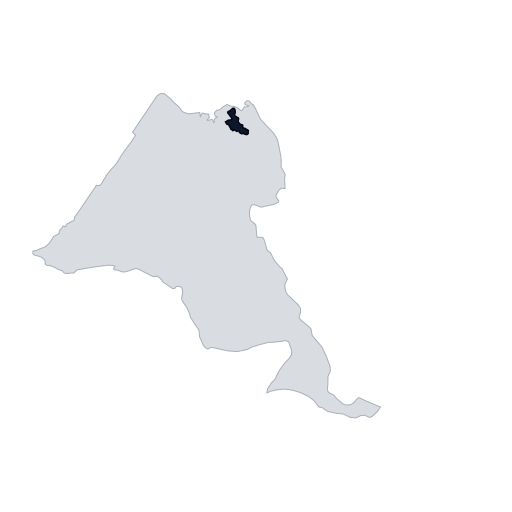 Meme, Sud-Ouest, Cameroon shown in context, rotated 124°
{"feature_id": "32672807B73139620026087", "entity_name": "Meme", "entity_type": "district", "adm_level": 2, "iso_a3": "CMR", "parent_name": "Cameroon", "parent_adm1": "Sud-Ouest", "projection": "mercator", "projection_center": [9.319, 4.685], "detail": "fine", "context": "in_parent", "style": "filled", "palette": "ink", "viewbox_px": 512, "rotation_deg": 124, "n_neighbors": 0, "source": "geoboundaries", "source_scale": "gbopen_adm2", "svg_char_len": 5148}
<svg xmlns="http://www.w3.org/2000/svg" viewBox="0 0 512 512"><g transform="rotate(124 256 256)"><path d="M132.1,343.1L133.1,340.6L140.1,328.7L144.5,309.6L146.5,305.1L148.5,302.1L158.7,291.9L162.5,288.7L168.1,285.0L172.0,277.5L173.3,276.7L175.1,276.1L183.8,269.7L184.6,270.9L185.2,272.5L185.9,273.2L188.7,273.7L192.6,273.6L194.9,273.2L196.1,271.9L197.3,268.4L198.0,267.7L198.9,267.5L203.2,270.0L210.3,276.9L212.0,278.2L212.8,279.5L214.3,285.8L215.2,287.4L216.7,288.0L219.5,287.6L222.3,286.5L224.8,284.9L227.3,282.8L229.0,280.9L229.7,279.5L230.1,274.4L230.6,273.3L239.8,265.8L239.6,265.1L238.1,263.0L236.8,260.7L238.1,258.3L239.5,256.4L244.9,250.2L245.2,245.7L249.4,238.6L251.9,229.3L251.9,227.4L257.5,217.1L263.3,216.2L265.6,214.7L268.2,212.2L269.8,209.8L270.6,207.5L271.2,203.1L272.2,198.2L272.9,193.8L274.6,189.7L277.6,187.7L282.6,186.0L283.4,185.2L284.1,182.5L284.9,173.5L285.7,169.6L290.4,165.1L292.5,158.1L294.4,150.7L299.7,141.8L306.0,133.0L308.9,130.6L311.4,129.5L314.2,129.4L316.1,128.7L322.8,124.3L325.7,122.8L327.7,121.2L328.3,119.9L328.5,118.0L327.8,113.4L329.0,110.0L329.6,104.8L329.9,100.7L329.7,99.3L328.4,96.9L326.4,94.4L323.0,92.9L318.4,92.5L315.9,91.6L315.1,86.9L314.7,83.9L311.6,68.3L317.5,68.4L324.6,70.2L326.3,71.6L327.3,77.0L329.8,80.0L334.3,82.5L337.1,87.6L338.2,95.4L340.7,100.0L341.2,100.7L344.7,109.5L344.9,113.5L344.6,116.2L346.1,119.6L343.9,125.4L343.3,128.9L343.1,133.8L344.3,142.5L346.4,149.3L348.6,154.7L351.1,158.9L355.1,163.6L359.4,167.8L363.4,170.5L359.7,172.1L352.5,172.3L348.4,171.4L346.4,171.3L344.4,171.9L336.7,172.7L329.0,172.3L321.8,171.2L317.4,171.4L314.1,174.0L311.3,177.9L308.8,180.9L309.7,184.3L311.6,186.2L315.3,190.4L318.6,194.4L320.3,197.1L327.0,203.0L333.4,208.2L336.4,210.0L337.6,210.4L341.0,213.4L345.9,218.4L350.3,226.1L356.5,241.6L357.9,242.9L360.0,243.7L360.3,245.4L360.1,247.8L359.4,249.8L354.4,257.8L350.1,261.0L348.8,262.8L347.2,267.5L343.2,276.7L341.5,278.0L337.6,284.2L334.4,292.0L333.6,293.2L332.3,294.2L327.7,296.1L326.2,297.1L323.9,299.6L323.6,301.1L324.6,303.4L325.9,305.1L328.3,305.2L329.6,306.8L329.6,318.9L328.5,320.8L328.5,321.6L328.0,323.7L327.9,326.0L328.2,326.9L329.1,327.7L330.4,329.3L331.1,333.0L332.6,346.1L333.3,348.1L334.6,349.6L338.6,352.4L342.8,356.1L344.2,358.5L344.9,362.5L346.6,365.6L346.5,366.6L345.9,367.0L343.2,367.3L344.1,369.6L346.3,373.5L357.0,385.6L367.3,396.3L369.8,397.1L371.6,397.4L372.4,398.0L373.3,399.5L376.7,403.5L377.4,405.7L376.6,407.9L377.4,411.2L378.0,412.5L377.8,413.6L378.2,417.7L379.1,421.2L380.7,424.3L380.4,426.4L378.5,427.6L377.3,429.6L376.9,432.4L377.5,435.8L379.1,439.8L379.1,442.1L376.6,443.7L373.9,440.9L370.8,439.1L366.3,435.9L361.7,434.7L355.7,434.5L353.1,434.9L348.7,432.3L347.3,431.9L345.3,433.0L344.0,433.1L342.3,432.7L338.9,432.7L338.6,430.8L338.0,430.5L334.4,430.6L333.2,429.1L332.7,429.3L331.3,428.8L328.4,426.6L325.3,428.1L318.9,427.9L286.5,427.8L285.7,425.8L284.1,424.7L281.2,424.6L272.6,425.1L266.0,424.7L261.6,423.9L256.1,423.4L249.3,423.8L242.4,423.8L230.0,423.2L223.1,423.3L223.3,424.6L222.8,425.5L222.5,427.6L178.5,427.6L174.9,426.1L173.8,425.2L173.5,423.4L172.7,423.2L173.3,415.5L174.8,409.1L175.4,403.2L177.5,397.9L176.4,392.7L175.1,390.4L168.5,382.9L171.5,380.1L167.5,380.5L166.6,377.7L164.7,374.4L165.9,373.9L167.0,372.1L170.7,372.6L170.6,371.7L167.4,369.0L167.7,367.6L169.0,366.0L168.4,365.3L166.1,367.0L164.5,366.9L163.2,365.9L162.3,365.7L162.9,367.8L161.6,369.7L160.4,370.4L158.4,370.3L156.7,369.8L156.3,368.7L154.7,367.9L150.3,366.5L146.6,364.8L145.8,360.3L144.4,358.3L143.8,356.1L143.4,353.6L143.9,349.7L143.0,349.1L141.9,348.9L140.3,349.1L138.8,348.9L137.1,346.7L135.5,345.9L136.5,349.9L135.4,351.0L132.7,350.6L131.6,349.1L131.3,348.0L132.6,343.3L132.1,343.1Z" fill="#d9dde1" stroke="#a8b0b8" stroke-width="1"/><path d="M165.0,347.6L164.5,346.8L165.2,345.7L164.9,345.2L163.7,344.6L163.5,344.1L163.5,342.2L163.4,341.4L162.7,341.1L162.1,340.7L161.9,340.1L162.0,339.6L162.4,339.3L162.6,339.2L162.8,338.8L162.9,337.7L162.7,336.3L162.3,335.7L161.8,335.5L161.5,334.9L161.3,333.5L160.6,331.6L160.0,331.2L159.2,331.0L158.6,331.0L158.2,331.4L157.7,331.8L157.0,332.0L156.3,332.5L156.1,333.4L156.3,334.3L156.3,335.2L156.3,335.9L156.4,336.7L156.7,337.2L156.8,337.8L156.8,338.2L156.9,338.9L156.4,339.4L155.7,339.7L155.2,339.9L154.9,340.4L155.1,341.1L155.2,341.4L155.3,341.7L155.6,342.6L155.4,343.3L155.4,343.6L155.1,344.4L154.9,345.6L153.8,346.4L152.0,347.1L151.4,347.9L151.4,348.4L151.4,348.8L151.7,349.4L151.9,349.5L152.1,349.8L151.7,350.2L151.5,350.4L151.5,351.2L151.5,352.2L151.3,352.6L150.9,353.0L150.6,353.1L149.9,352.9L148.8,353.4L148.5,353.6L147.5,354.3L146.5,355.3L146.2,355.7L145.8,356.8L146.5,357.8L148.2,358.3L149.7,358.7L150.5,359.0L151.3,359.5L151.5,359.7L152.3,359.9L152.6,359.9L153.1,359.5L154.1,356.4L154.4,356.0L154.6,355.0L155.0,354.0L155.5,353.1L155.7,352.7L156.3,352.4L156.7,352.6L157.1,353.0L157.6,353.3L158.2,354.1L158.4,354.4L158.9,354.9L159.6,355.3L160.1,355.5L161.2,355.9L161.8,356.3L161.9,356.1L162.1,355.8L162.3,355.3L162.5,355.1L163.0,354.2L162.6,353.1L162.7,352.6L162.7,351.5L163.3,350.7L163.6,349.9L163.7,349.7L164.3,348.6L165.0,347.6Z" fill="#0f172a" stroke="#020617" stroke-width="1.5"/></g></svg>